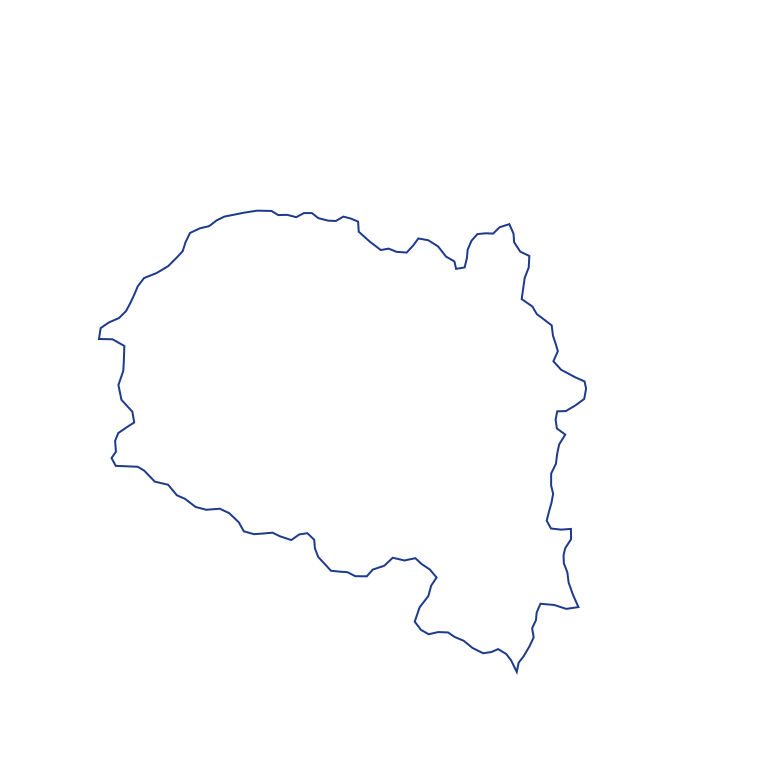 Queluz, São Paulo, Brazil (orthographic projection), rotated 298°
{"feature_id": "56859067B41056558959462", "entity_name": "Queluz", "entity_type": "district", "adm_level": 2, "iso_a3": "BRA", "parent_name": "Brazil", "parent_adm1": "São Paulo", "projection": "orthographic", "projection_center": [-44.787, -22.508], "detail": "fine", "context": "isolated", "style": "outline", "palette": "blue", "viewbox_px": 768, "rotation_deg": 298, "n_neighbors": 0, "source": "geoboundaries", "source_scale": "gbopen_adm2", "svg_char_len": 2326}
<svg xmlns="http://www.w3.org/2000/svg" viewBox="0 0 768 768"><g transform="rotate(298 384 384)"><path d="M289.9,111.2L296.0,123.2L295.7,136.9L281.3,143.9L273.3,147.6L258.4,150.0L246.8,159.6L241.4,174.8L232.8,181.5L225.5,177.4L216.0,172.4L207.5,173.3L198.4,179.1L190.7,178.2L185.8,185.6L190.4,195.2L195.3,205.4L194.9,213.0L190.2,227.4L193.7,240.7L188.5,253.4L189.2,262.1L187.0,275.3L189.5,286.1L196.8,297.6L197.3,308.0L193.7,320.7L188.1,329.4L190.4,339.8L195.4,347.7L200.4,355.4L200.7,363.7L202.7,375.4L211.4,379.8L216.3,386.4L213.7,395.5L206.4,400.2L200.4,407.1L197.3,416.1L194.2,424.8L197.6,433.2L200.7,440.1L200.8,448.8L206.1,459.1L214.9,461.2L223.7,469.6L234.7,473.3L237.8,484.9L244.9,493.4L242.7,501.8L241.7,511.6L237.8,521.3L228.1,520.3L217.6,522.7L203.5,520.3L188.6,522.7L184.3,531.9L184.0,540.9L190.4,548.3L194.7,557.2L193.8,565.1L194.7,574.9L192.5,586.0L192.8,597.9L197.8,604.7L203.5,609.2L203.0,618.7L199.6,626.1L192.1,636.4L201.3,633.7L208.9,635.1L220.6,635.6L230.6,635.1L237.8,629.5L246.9,629.0L253.9,626.1L263.4,625.3L268.8,638.0L271.0,650.5L278.3,660.4L286.7,649.7L295.4,640.2L303.8,634.3L310.2,626.9L317.2,622.9L324.0,621.1L334.8,622.0L343.8,617.1L338.6,608.8L334.8,599.3L339.7,591.8L349.6,589.4L357.6,587.7L366.4,584.9L373.0,579.1L383.5,573.6L394.2,573.3L403.0,569.9L412.9,567.0L424.4,567.8L425.9,557.5L433.2,552.2L441.2,549.8L445.4,557.2L454.9,563.0L464.8,567.8L474.8,564.6L480.4,559.9L479.7,549.6L479.7,533.7L483.6,522.9L494.6,522.1L499.9,516.9L506.0,510.5L514.5,504.5L517.5,486.0L522.1,478.6L523.6,465.7L543.8,458.4L554.8,457.1L565.3,452.2L564.8,442.3L570.2,432.4L577.5,427.8L584.0,419.6L576.7,412.5L568.0,409.7L564.8,403.0L560.2,396.1L551.6,394.0L541.9,394.8L534.3,398.0L524.8,400.5L519.5,393.6L525.3,388.6L525.6,379.0L530.9,367.1L531.7,355.5L528.6,346.0L519.8,344.7L510.7,342.3L506.6,333.1L505.7,324.5L500.8,318.3L503.0,304.7L506.6,290.2L515.2,284.9L514.5,277.0L512.7,269.5L505.4,265.0L502.0,258.0L499.6,248.1L501.1,240.2L497.4,233.1L490.1,228.2L487.9,219.1L483.5,211.3L484.0,203.5L477.5,190.6L469.4,179.8L463.0,172.0L456.9,164.5L450.1,159.5L441.3,155.5L435.1,148.4L426.3,141.8L416.0,142.2L406.9,143.9L398.9,141.8L386.7,138.1L375.2,131.1L364.9,122.4L354.8,120.7L346.2,121.5L337.0,122.0L327.4,122.0L317.9,119.1L309.1,112.1L300.3,107.6L289.9,111.2Z" fill="none" stroke="#1e3a8a" stroke-width="2"/></g></svg>